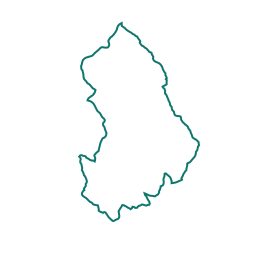 José Bonifácio, São Paulo, Brazil, rotated 119°
{"feature_id": "56859067B42507198027586", "entity_name": "José Bonifácio", "entity_type": "district", "adm_level": 2, "iso_a3": "BRA", "parent_name": "Brazil", "parent_adm1": "São Paulo", "projection": "orthographic", "projection_center": [-49.769, -21.098], "detail": "fine", "context": "isolated", "style": "outline", "palette": "teal", "viewbox_px": 256, "rotation_deg": 119, "n_neighbors": 0, "source": "geoboundaries", "source_scale": "gbopen_adm2", "svg_char_len": 4007}
<svg xmlns="http://www.w3.org/2000/svg" viewBox="0 0 256 256"><g transform="rotate(119 128 128)"><path d="M93.5,199.7L95.1,199.2L96.7,199.0L99.1,197.3L99.7,195.8L100.8,194.8L102.0,193.6L103.4,192.6L104.5,191.9L105.6,191.1L106.6,189.9L107.0,188.6L107.6,186.8L108.5,185.2L108.5,183.4L108.8,182.1L109.5,180.2L110.3,178.3L110.3,176.3L110.6,174.8L113.3,174.3L116.0,174.6L117.6,175.3L118.6,175.9L120.5,176.7L122.2,177.1L123.5,176.7L123.1,175.1L122.8,173.3L123.0,171.5L123.4,170.1L124.3,168.4L125.5,166.7L126.7,164.9L128.0,162.9L128.4,160.9L128.7,159.6L129.5,158.3L130.8,156.2L131.2,155.0L131.4,153.7L132.3,152.1L133.9,151.7L135.9,152.1L137.7,151.1L138.5,149.2L140.0,147.8L140.9,146.8L141.8,145.6L142.9,144.4L144.5,143.7L146.4,143.6L147.9,144.1L149.1,145.1L150.3,145.2L152.0,145.1L153.8,145.0L155.8,144.5L157.5,144.0L159.2,143.6L160.5,143.2L162.2,142.6L164.9,143.6L166.5,144.0L168.0,144.3L169.0,143.6L170.1,142.1L172.2,141.2L173.4,140.9L173.3,142.7L174.1,144.1L174.3,145.9L174.1,147.8L174.2,150.1L173.4,151.2L173.6,152.5L174.1,153.7L174.3,155.5L175.1,156.5L176.7,156.8L177.2,155.1L178.2,154.2L179.7,153.9L181.4,152.9L182.2,151.2L183.6,150.1L185.1,148.7L187.2,147.9L188.4,145.9L189.6,144.5L190.7,143.6L191.0,142.3L192.1,140.7L193.7,138.9L194.9,137.9L196.3,137.7L197.5,137.8L199.2,136.8L200.6,137.0L202.4,137.2L203.4,136.1L205.0,136.7L207.3,136.7L208.8,135.7L209.3,134.3L209.5,132.6L209.6,130.4L210.1,128.7L210.5,127.4L211.0,125.6L210.9,123.2L211.7,121.4L211.2,119.5L210.3,116.8L211.7,115.5L213.1,114.3L214.5,113.6L214.7,112.3L214.5,110.4L214.3,108.7L213.1,108.1L212.8,106.8L213.3,105.6L214.1,104.1L215.3,101.9L216.0,99.6L216.4,97.8L216.7,96.1L215.7,95.0L214.1,94.2L212.6,92.8L210.6,92.3L208.6,93.3L206.6,94.9L205.5,95.8L202.6,95.8L201.1,95.7L199.7,95.6L198.1,95.6L197.6,93.9L197.5,91.6L197.7,89.6L197.6,88.0L197.7,86.3L196.0,85.7L194.7,85.9L194.1,84.4L194.4,83.0L193.4,81.4L192.0,81.2L190.8,80.8L189.9,79.7L188.1,78.7L187.5,76.7L187.1,74.5L185.6,73.3L184.8,72.2L183.4,72.4L182.4,73.4L181.5,74.9L180.6,76.5L178.9,78.8L178.3,80.6L177.1,81.8L176.8,78.9L176.8,77.2L176.2,75.2L175.2,72.9L174.8,71.3L173.1,70.5L171.4,69.5L169.2,69.6L167.9,70.3L166.4,70.2L164.4,70.6L163.2,71.2L161.2,69.7L159.4,69.9L157.7,70.7L156.0,72.0L154.3,72.5L152.6,72.7L150.3,73.8L149.4,73.0L149.8,71.2L150.0,69.9L150.3,68.6L150.7,67.1L151.8,65.7L153.4,64.0L155.1,63.1L153.1,60.5L152.0,59.4L147.1,55.7L146.0,56.9L144.7,56.9L143.0,56.9L141.5,57.2L139.8,57.0L138.2,57.0L136.8,56.5L134.8,57.3L133.2,57.7L131.8,58.1L130.6,58.9L129.4,58.6L128.3,57.4L126.4,56.9L124.6,56.6L122.9,56.2L120.6,55.8L119.2,55.8L117.3,56.4L116.0,57.0L113.9,56.7L112.0,57.2L110.4,57.8L108.6,57.5L107.6,58.5L106.2,59.3L105.5,61.3L105.2,63.0L105.3,64.5L105.0,66.7L104.3,67.7L103.0,69.0L101.8,70.7L100.3,72.1L99.7,73.6L99.1,75.0L97.9,76.2L97.4,78.0L97.2,79.7L96.7,81.2L96.4,82.9L95.7,84.0L95.0,85.5L93.5,86.5L92.5,87.6L92.8,88.9L93.5,90.5L94.0,92.1L93.9,93.4L92.7,94.7L91.4,95.9L90.8,98.0L89.8,99.1L88.3,100.1L87.6,102.1L86.3,103.2L85.1,104.4L84.5,105.7L83.4,106.6L82.6,107.8L81.3,109.4L80.2,110.9L79.9,112.3L78.5,113.0L77.1,113.9L76.0,115.2L75.8,116.6L75.1,117.8L73.3,116.8L72.2,116.0L71.1,115.4L69.8,116.1L68.6,116.8L67.3,117.3L66.9,118.6L65.5,118.3L64.4,119.7L63.5,121.0L62.0,121.8L61.2,123.8L60.3,125.1L59.2,126.5L57.9,127.9L56.8,130.0L56.3,131.9L56.4,133.7L56.7,136.1L56.4,138.2L55.3,139.7L53.5,140.4L52.8,141.5L52.0,142.9L50.8,143.9L51.1,146.3L50.3,148.3L49.6,150.3L49.5,152.6L49.0,154.1L49.2,155.8L48.4,157.9L47.6,159.2L46.2,159.3L45.4,160.8L44.6,162.8L43.6,164.2L43.8,165.9L43.3,167.7L43.5,169.4L43.1,171.2L43.1,173.3L43.0,175.5L42.8,177.3L42.2,178.9L41.7,183.0L39.3,184.4L40.8,185.4L42.4,186.0L43.5,186.2L45.8,186.0L47.2,185.5L48.9,185.4L50.7,185.5L53.3,185.8L55.8,186.5L57.5,187.3L59.1,187.4L60.9,187.5L62.1,186.9L63.1,185.6L64.4,184.7L66.0,184.4L67.5,184.8L68.8,187.0L69.9,190.0L71.5,191.0L73.2,191.4L74.4,191.8L78.6,193.4L81.1,194.0L82.5,194.6L84.4,196.5L86.4,198.5L88.2,199.7L89.8,200.2L91.0,200.3L93.5,199.7Z" fill="none" stroke="#0f766e" stroke-width="2"/></g></svg>